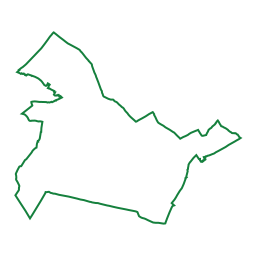 outline of Vulpeni, Olt, Romania
{"feature_id": "2599482B22802217840007", "entity_name": "Vulpeni", "entity_type": "district", "adm_level": 2, "iso_a3": "ROU", "parent_name": "Romania", "parent_adm1": "Olt", "projection": "robinson", "projection_center": [23.942, 44.455], "detail": "fine", "context": "isolated", "style": "outline", "palette": "green", "viewbox_px": 256, "rotation_deg": 0, "n_neighbors": 0, "source": "geoboundaries", "source_scale": "gbopen_adm2", "svg_char_len": 5644}
<svg xmlns="http://www.w3.org/2000/svg" viewBox="0 0 256 256"><path d="M163.4,223.6L165.1,223.5L165.3,223.4L165.5,222.9L165.7,222.2L167.1,218.4L169.5,212.4L171.7,207.4L172.4,206.2L172.9,205.8L174.1,205.4L171.7,203.1L174.6,199.5L176.1,197.1L177.2,195.1L179.6,191.2L181.1,189.1L181.6,188.6L182.1,187.6L183.7,184.0L185.6,178.7L185.4,178.2L186.0,177.8L186.6,177.3L186.2,177.0L187.7,171.1L187.5,170.5L187.4,170.0L187.4,169.8L188.0,169.0L188.0,168.1L188.4,166.1L188.6,164.5L189.1,163.7L189.9,162.3L190.3,162.0L190.7,161.5L193.5,157.9L194.8,156.6L196.3,155.1L198.9,159.0L199.8,158.9L200.0,158.9L200.0,159.3L200.0,159.5L199.9,159.8L199.9,160.1L200.1,160.4L200.5,161.0L200.9,161.7L201.2,161.8L201.4,161.8L201.4,161.4L201.5,161.3L202.0,161.1L202.5,161.7L203.5,161.0L203.5,160.8L203.3,160.6L203.3,160.4L203.5,160.4L203.9,160.5L204.0,160.4L203.9,160.1L204.0,159.9L204.3,159.9L204.8,159.5L205.2,159.7L205.3,159.7L205.5,159.4L205.5,159.2L204.3,158.2L203.9,157.5L203.8,157.1L205.4,157.0L205.4,156.6L205.6,156.5L206.1,156.4L206.2,156.2L206.8,156.2L208.0,155.6L208.5,155.6L209.7,155.2L212.6,154.0L213.6,153.7L214.4,153.3L215.8,152.3L218.5,150.9L225.6,147.0L228.7,144.9L234.6,141.6L236.6,140.4L239.0,139.1L239.4,138.8L240.6,138.0L240.1,137.7L239.3,137.0L238.9,136.6L238.8,136.2L237.6,134.5L237.0,134.4L236.4,133.9L236.1,133.5L235.1,133.1L234.7,133.1L234.4,133.3L233.1,133.1L232.3,133.1L231.7,132.9L231.0,132.2L230.1,131.8L228.3,130.4L228.0,129.9L227.6,129.6L225.7,128.3L223.4,127.2L222.6,126.6L222.0,126.4L221.4,126.3L220.9,125.8L220.8,125.4L219.6,123.6L218.9,122.1L217.8,120.5L217.2,121.1L216.9,121.3L216.5,122.0L216.2,122.4L216.3,122.4L215.6,123.5L214.9,124.4L212.3,126.5L212.0,126.9L211.5,127.6L211.1,128.0L210.0,128.6L209.0,129.6L208.7,129.7L208.3,130.5L208.0,131.4L206.8,133.5L206.3,134.7L206.2,135.0L202.9,135.8L202.4,135.8L201.7,135.6L200.0,133.1L198.1,129.9L196.7,130.5L195.8,130.8L191.0,132.8L189.2,133.9L187.9,134.9L185.5,136.1L183.3,137.0L180.2,138.7L179.5,137.9L177.7,136.2L176.3,134.8L175.0,133.4L173.8,132.3L173.2,132.1L169.6,129.7L165.4,127.3L163.5,125.8L160.8,124.3L158.7,123.0L158.2,122.6L157.9,122.2L156.8,120.3L155.3,117.0L154.2,115.1L154.1,114.7L154.2,114.2L153.2,112.8L152.9,112.2L152.7,112.1L150.2,113.5L149.5,113.8L145.7,116.3L141.8,118.5L139.5,119.7L137.9,120.6L137.1,121.2L136.2,121.6L135.9,121.7L135.7,121.6L134.6,120.5L131.4,117.7L129.9,116.3L128.3,114.5L127.6,113.4L125.5,111.2L124.4,109.6L123.9,108.7L123.4,108.1L122.7,107.5L121.9,107.1L120.6,105.8L119.1,104.6L117.1,102.5L116.6,102.1L114.8,101.3L114.4,101.0L113.6,100.0L113.3,99.7L112.7,99.6L110.8,99.6L110.1,99.4L108.3,98.8L105.1,97.2L104.0,96.7L103.4,96.2L102.9,95.0L102.8,94.3L102.2,93.2L102.1,92.7L101.9,92.0L101.9,91.2L101.0,89.7L99.0,84.2L98.1,81.7L97.4,80.0L97.0,78.8L96.2,77.0L95.8,75.5L94.9,73.5L94.4,72.6L93.9,71.1L92.2,66.4L92.0,65.6L91.9,64.7L91.8,64.4L91.3,63.7L90.4,62.8L89.2,61.4L88.8,61.2L88.7,60.8L88.3,60.3L85.9,57.7L82.5,53.3L81.4,52.0L80.7,51.5L80.2,50.6L79.7,50.0L79.0,49.5L76.6,48.1L71.4,45.3L67.8,43.4L65.3,41.5L63.3,39.9L59.7,37.2L55.9,34.1L54.7,33.2L53.9,32.5L53.6,32.4L52.4,33.7L51.4,35.0L50.2,36.3L49.3,37.5L47.7,39.8L44.6,44.0L41.3,48.3L26.2,64.1L25.2,65.0L22.7,67.1L21.4,67.9L18.9,69.9L19.3,70.2L17.2,72.1L19.8,73.2L20.9,73.9L21.7,73.3L22.2,73.7L22.8,74.0L23.2,73.9L23.7,73.5L23.8,73.5L24.0,73.7L24.4,74.3L24.7,74.6L24.9,74.6L25.4,74.5L25.6,74.6L25.7,74.9L26.2,75.2L26.0,75.4L26.3,75.5L26.9,75.0L27.9,74.3L30.8,75.3L31.6,75.8L31.7,75.6L35.0,76.8L38.0,78.3L39.4,79.3L40.5,80.3L40.9,80.5L42.1,81.9L43.9,84.4L44.1,84.8L45.0,85.4L46.0,85.9L46.5,85.6L47.2,84.7L47.7,83.8L47.8,83.4L48.3,83.6L49.4,84.4L49.7,84.7L48.8,85.7L48.7,86.1L48.5,87.2L47.9,88.1L49.1,88.6L49.3,88.5L49.7,88.6L51.1,89.5L53.2,90.5L54.1,90.9L53.9,91.2L53.9,91.5L54.0,91.9L55.2,92.2L53.9,94.6L54.8,95.5L55.9,95.6L56.2,95.5L56.8,95.5L57.0,95.3L57.1,95.5L57.3,95.5L58.7,94.9L58.9,95.2L59.2,96.5L59.8,96.5L60.0,96.8L60.3,96.7L60.5,96.6L59.9,95.5L61.9,97.5L59.1,98.9L57.3,99.7L56.4,100.0L56.2,100.3L56.0,100.1L55.6,100.3L55.8,100.4L55.7,100.5L52.1,102.2L51.6,101.8L50.4,102.2L49.5,102.5L48.2,102.3L47.3,102.5L46.6,102.2L46.3,102.1L43.5,102.0L39.2,101.9L36.1,101.5L34.5,101.4L32.7,101.6L32.0,101.7L31.3,102.0L31.4,102.8L31.7,103.8L32.3,105.3L32.3,105.6L32.2,105.7L31.1,106.5L30.8,106.8L22.0,113.7L22.5,113.8L22.9,114.0L23.4,114.1L23.8,114.1L24.6,114.5L25.0,114.7L26.1,115.7L27.1,116.8L27.9,118.0L28.4,119.2L28.9,120.1L29.3,120.5L29.5,120.7L30.2,120.9L30.6,120.9L31.1,120.9L31.3,120.8L31.6,120.7L34.6,120.6L36.1,120.8L37.2,121.2L38.5,121.4L38.7,121.5L39.9,121.3L41.2,121.5L42.4,121.8L41.4,128.0L41.2,132.0L40.8,132.1L39.8,138.3L39.6,138.9L39.3,139.6L38.9,140.2L38.2,140.8L38.2,141.4L37.7,141.2L36.9,144.0L36.5,147.6L35.8,147.9L34.9,148.5L33.2,150.1L32.3,151.2L32.1,151.7L31.3,152.9L26.4,159.1L25.9,159.5L25.5,159.7L24.9,160.2L21.4,165.9L21.1,166.2L20.4,166.2L19.8,166.4L19.3,166.7L17.6,169.9L15.9,173.6L15.8,174.1L16.2,175.7L16.3,177.3L16.3,178.3L16.1,178.7L16.1,179.4L16.3,180.0L17.4,181.8L18.7,184.4L19.3,185.8L19.3,186.2L19.2,186.9L19.0,187.3L19.0,187.7L18.9,188.2L19.0,188.9L18.8,190.2L15.4,195.3L20.8,203.7L25.5,210.9L30.0,218.4L32.0,215.3L40.8,200.9L45.2,193.3L45.6,192.1L46.1,192.2L48.9,191.8L50.7,192.9L51.8,193.1L53.3,193.6L55.0,193.7L59.0,194.8L68.7,196.6L77.1,198.6L80.4,199.5L83.9,200.1L89.7,201.8L91.0,202.0L92.1,202.4L95.7,203.0L98.0,203.1L99.9,203.7L107.3,205.5L109.1,205.8L113.2,206.8L117.7,207.8L125.9,209.4L128.7,210.0L134.9,211.2L136.1,211.5L137.3,212.0L137.5,212.2L138.2,214.1L138.6,215.0L138.9,215.9L139.2,216.3L141.3,217.6L142.7,218.1L144.0,218.4L145.4,218.9L148.2,220.3L153.1,222.5L155.6,222.8L158.4,222.8L163.4,223.6Z" fill="none" stroke="#15803d" stroke-width="2"/></svg>